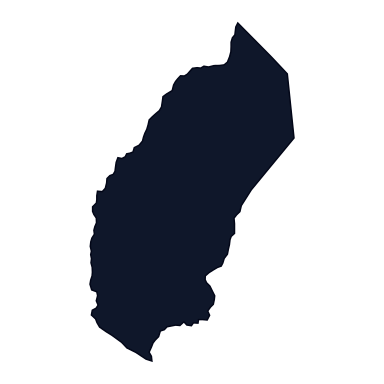 outline of Olho d'Água do Casado, Alagoas, Brazil
{"feature_id": "56859067B7353988917909", "entity_name": "Olho d'Água do Casado", "entity_type": "district", "adm_level": 2, "iso_a3": "BRA", "parent_name": "Brazil", "parent_adm1": "Alagoas", "projection": "orthographic", "projection_center": [-37.83, -9.434], "detail": "fine", "context": "isolated", "style": "filled", "palette": "ink", "viewbox_px": 384, "rotation_deg": 0, "n_neighbors": 0, "source": "geoboundaries", "source_scale": "gbopen_adm2", "svg_char_len": 1937}
<svg xmlns="http://www.w3.org/2000/svg" viewBox="0 0 384 384"><path d="M117.9,157.7L116.2,162.3L115.5,167.2L115.0,171.3L113.2,174.4L109.9,175.6L107.0,178.5L106.6,183.1L105.3,188.3L102.3,191.6L97.5,191.2L96.8,195.7L96.8,199.6L96.4,203.0L92.6,206.8L92.6,211.4L93.9,214.5L96.3,218.0L96.5,222.8L94.8,226.8L93.9,230.3L94.4,234.2L91.9,238.1L90.8,241.8L90.3,246.4L91.4,251.2L90.7,254.6L91.5,258.7L91.0,262.8L92.2,267.3L92.4,272.2L92.1,275.9L90.7,280.1L90.0,284.2L91.7,289.9L96.8,291.8L97.6,295.7L96.3,300.8L98.1,305.1L96.1,308.2L92.3,310.2L91.4,315.0L95.6,318.9L97.0,322.6L99.6,327.1L106.5,331.9L111.7,335.1L121.6,342.3L127.0,348.0L135.9,352.4L146.0,359.1L151.9,361.0L151.4,356.3L149.1,352.2L151.4,347.1L153.0,343.0L155.2,340.1L158.6,336.6L160.3,331.0L164.3,329.7L167.0,326.8L171.0,326.0L175.6,325.1L179.9,325.5L183.9,321.8L186.8,325.0L191.4,325.7L193.4,322.9L198.0,323.1L198.5,319.6L202.9,319.6L207.2,320.0L209.6,315.3L207.7,311.0L210.5,307.1L213.3,304.3L214.3,299.5L214.7,295.8L212.1,290.6L209.9,286.1L206.5,282.7L205.1,279.6L205.3,275.9L208.9,272.7L213.3,269.9L217.5,267.4L221.2,266.1L222.8,263.0L224.2,258.4L227.4,254.2L228.3,249.5L229.4,244.7L230.0,239.7L231.2,236.4L234.5,233.4L234.5,228.3L234.5,223.7L234.0,218.2L236.5,214.9L239.9,211.6L241.3,205.6L251.3,189.8L267.1,170.6L270.9,166.0L294.0,138.0L287.3,73.9L283.1,69.4L271.8,57.4L266.2,51.7L237.8,23.0L235.8,27.0L235.4,30.4L234.9,34.8L232.4,37.8L231.1,42.2L231.1,46.9L230.9,51.7L229.6,56.7L227.4,62.2L224.0,64.9L219.5,65.5L214.1,65.6L208.5,67.0L203.9,66.2L200.7,68.1L197.1,67.7L192.5,68.3L190.3,70.8L187.3,74.2L184.3,76.0L180.5,75.8L177.8,78.7L175.6,81.4L173.6,85.0L172.2,90.6L166.7,93.9L163.0,96.6L162.3,101.8L161.5,107.0L159.3,110.7L156.1,113.4L152.5,116.6L149.2,119.9L148.1,124.9L146.8,129.3L144.9,133.2L143.5,137.1L142.5,141.1L139.0,145.3L134.3,147.6L133.0,152.0L129.9,153.2L126.7,153.8L125.2,156.8L121.9,158.5L117.9,157.7Z" fill="#0f172a" stroke="#020617" stroke-width="1.5"/></svg>